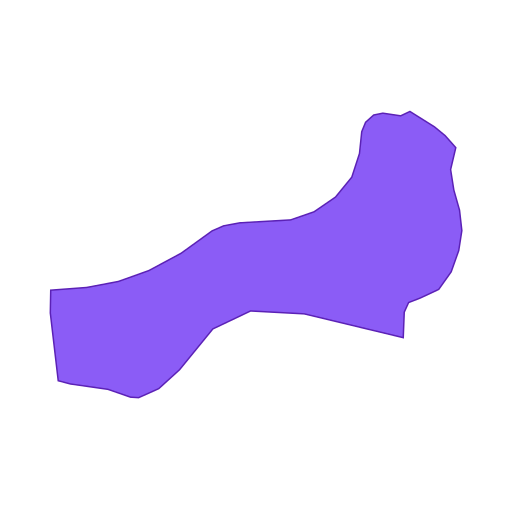 the border of Mountain Province, rotated 173°
{"feature_id": "PHL-2552", "entity_name": "Mountain Province", "entity_type": "Province", "adm_level": 1, "iso_a3": "PHL", "parent_name": "Philippines", "parent_adm1": "", "projection": "orthographic", "projection_center": [121.106, 17.071], "detail": "fine", "context": "isolated", "style": "filled", "palette": "violet", "viewbox_px": 512, "rotation_deg": 173, "n_neighbors": 0, "source": "natural_earth", "source_scale": "10m", "svg_char_len": 698}
<svg xmlns="http://www.w3.org/2000/svg" viewBox="0 0 512 512"><g transform="rotate(173 256 256)"><path d="M467.5,156.3L467.1,224.5L463.9,247.1L427.9,245.4L395.7,247.5L364.1,254.6L329.9,267.9L296.5,286.3L284.4,289.9L267.9,290.9L217.3,287.6L193.0,292.8L169.9,304.8L151.3,322.6L140.8,345.1L135.9,366.5L130.9,375.4L122.0,381.6L112.7,382.3L95.3,377.5L85.6,380.7L63.1,362.4L53.6,352.4L44.5,339.2L52.3,318.1L51.6,297.3L48.4,276.7L48.6,256.1L54.1,236.7L64.2,216.5L78.7,200.6L98.0,194.3L110.2,191.2L115.7,182.2L119.8,157.0L215.2,192.7L268.1,202.1L307.7,188.9L345.8,152.4L368.7,136.2L389.8,129.7L397.8,131.2L419.2,141.7L455.8,151.6L467.5,156.3Z" fill="#8b5cf6" stroke="#5b21b6" stroke-width="1.5"/></g></svg>